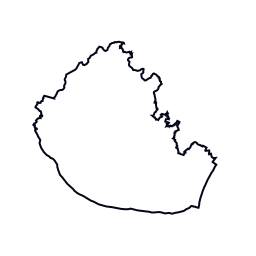 Waimakariri District, Canterbury, New Zealand (Mercator projection), rotated 15°
{"feature_id": "76426892B89827280876957", "entity_name": "Waimakariri District", "entity_type": "district", "adm_level": 2, "iso_a3": "NZL", "parent_name": "New Zealand", "parent_adm1": "Canterbury", "projection": "mercator", "projection_center": [172.332, -43.208], "detail": "fine", "context": "isolated", "style": "outline", "palette": "ink", "viewbox_px": 256, "rotation_deg": 15, "n_neighbors": 0, "source": "geoboundaries", "source_scale": "gbopen_adm2", "svg_char_len": 5804}
<svg xmlns="http://www.w3.org/2000/svg" viewBox="0 0 256 256"><g transform="rotate(15 128 128)"><path d="M102.3,47.4L101.9,46.8L101.3,46.6L98.9,47.1L97.6,47.0L96.4,47.2L94.7,48.2L93.3,48.3L92.7,48.7L92.5,49.3L90.6,50.0L89.6,51.3L89.1,51.6L88.9,52.1L88.9,53.4L87.9,55.5L87.9,58.0L86.4,59.4L85.1,59.2L83.8,58.4L83.1,57.6L82.8,57.6L82.4,57.0L81.6,56.8L79.2,56.9L78.9,58.0L78.0,59.3L78.0,60.5L77.7,61.3L77.6,62.3L78.0,63.4L76.7,64.2L75.7,65.8L73.6,67.6L73.2,68.3L72.8,70.4L71.6,71.6L72.6,74.6L71.7,76.1L71.7,76.5L69.7,78.5L68.3,78.6L66.4,76.4L64.2,77.8L62.7,84.1L61.6,85.7L59.0,88.1L54.5,92.4L54.8,94.5L54.4,96.5L54.3,97.6L54.7,98.3L55.3,98.8L55.7,99.8L56.0,101.5L55.5,102.7L55.4,104.1L56.1,105.6L55.4,107.3L54.7,108.2L52.5,109.0L50.8,110.5L50.4,111.7L50.4,113.0L50.1,113.8L49.6,116.4L48.9,117.5L48.8,117.9L49.1,118.6L38.9,118.5L38.5,119.0L38.4,119.8L38.7,120.7L38.1,121.5L38.3,122.3L38.5,124.0L37.5,124.4L37.0,125.4L37.1,126.2L36.7,126.5L35.8,126.7L34.3,126.4L33.9,126.6L33.8,127.2L34.4,128.0L34.0,128.5L33.9,129.6L33.2,131.2L33.3,132.0L36.4,133.1L38.2,134.4L38.8,134.3L39.6,134.6L40.5,136.3L40.4,136.8L40.7,138.0L41.7,138.0L42.1,138.4L41.9,139.1L41.0,139.7L40.2,138.8L39.9,139.0L40.0,139.8L40.7,140.4L41.0,141.1L39.1,141.6L38.7,142.0L38.5,142.5L37.9,143.0L37.2,144.6L38.0,145.2L38.1,146.0L37.9,146.4L37.4,146.7L36.6,148.0L36.1,148.2L35.8,149.5L36.4,149.7L37.2,149.4L37.7,150.2L37.5,150.9L37.7,151.5L38.1,152.0L39.8,152.0L40.1,152.2L40.2,152.6L40.1,152.9L39.5,152.9L38.9,153.4L38.8,154.1L39.0,154.7L42.3,158.0L42.9,159.0L46.2,162.1L46.4,162.6L46.5,165.3L46.7,166.0L49.4,169.8L53.2,173.2L56.4,175.1L59.6,176.0L61.0,177.0L61.8,176.9L63.7,177.3L65.8,178.6L69.2,181.8L69.7,183.7L71.5,186.7L74.4,190.8L77.5,192.8L83.6,197.5L91.2,201.4L92.2,202.3L95.4,203.8L98.3,204.6L102.3,205.2L110.6,207.7L114.2,208.1L119.4,209.3L127.3,209.4L133.1,208.6L142.5,207.9L147.2,207.0L149.9,206.1L151.3,205.2L158.5,205.1L170.6,203.4L172.5,203.5L175.3,202.8L178.9,201.4L181.3,200.9L185.9,200.9L189.6,199.4L192.3,199.4L193.3,199.1L195.4,197.8L198.1,196.6L201.4,194.8L203.5,193.5L205.6,191.1L207.8,189.4L209.3,187.0L210.2,186.7L211.6,187.0L212.9,186.6L214.1,186.9L216.7,186.8L216.7,184.7L216.5,182.8L216.2,181.9L216.1,176.6L216.5,169.5L217.0,164.8L217.2,164.6L218.3,157.5L219.0,154.7L220.1,150.1L221.3,146.7L221.9,143.2L222.8,140.6L218.5,138.9L220.4,134.2L218.2,135.0L216.3,134.2L214.8,131.4L213.1,132.4L212.6,131.4L212.8,130.2L212.2,128.7L208.8,130.0L208.4,129.4L208.9,126.6L205.0,125.7L204.8,126.5L202.5,126.1L202.3,125.8L201.7,125.9L199.5,125.7L198.3,124.6L196.6,124.2L195.9,124.5L195.2,125.2L194.8,126.4L194.4,126.3L193.6,128.3L193.5,128.2L193.1,130.9L192.2,132.7L191.3,132.4L189.1,135.5L189.6,136.1L189.7,136.4L189.4,136.3L189.0,136.4L188.8,136.2L188.6,136.5L189.2,136.7L189.0,137.3L189.3,137.4L188.7,139.7L186.9,139.5L185.4,139.7L184.5,139.1L183.1,139.3L183.0,138.3L182.8,137.5L181.9,136.3L181.2,134.8L179.8,134.7L179.6,134.4L179.5,134.1L180.4,133.6L180.1,132.9L180.2,132.3L179.3,131.6L179.0,130.0L176.3,128.2L176.6,127.2L174.3,126.4L174.9,125.9L175.1,125.4L174.8,125.3L174.9,125.0L174.7,124.4L175.0,123.4L174.9,122.9L174.7,122.8L174.7,122.2L174.2,121.0L174.2,120.5L174.5,120.4L174.3,120.2L174.6,119.9L174.4,119.8L174.6,118.9L175.8,118.2L176.5,117.4L177.5,116.7L176.5,115.1L176.0,114.7L174.9,113.2L175.2,112.9L175.1,112.3L175.3,112.4L175.9,110.2L176.2,109.9L176.1,108.8L173.8,108.4L173.5,109.6L173.7,109.9L173.5,110.5L173.1,110.8L173.2,111.0L172.5,111.5L172.7,111.8L172.2,112.0L171.8,112.6L172.1,113.1L171.6,113.3L171.5,113.6L171.3,113.6L171.0,113.9L170.6,113.9L170.3,114.3L170.4,114.7L169.5,115.1L169.3,114.8L168.3,114.7L168.1,114.9L168.2,115.2L167.9,115.4L167.1,115.3L166.8,115.4L166.9,115.8L166.5,115.6L165.7,116.1L165.1,116.0L164.7,116.3L164.8,115.8L164.7,115.6L165.0,115.2L164.8,114.6L165.2,114.0L165.0,113.9L165.3,113.8L165.4,113.5L166.1,112.7L166.2,112.3L162.3,112.1L162.3,109.7L163.4,109.4L163.8,109.0L165.0,109.0L164.9,108.7L165.2,108.7L165.3,108.2L164.7,107.8L164.0,106.9L163.3,107.0L163.3,106.1L161.6,106.2L161.4,105.6L162.9,103.8L161.9,102.7L161.8,103.5L160.7,104.8L160.6,105.2L159.7,105.6L157.1,105.6L156.3,106.8L157.3,107.3L157.7,107.9L158.0,108.2L156.1,109.6L155.1,112.5L153.3,112.0L153.2,112.3L152.8,112.2L152.7,112.4L151.6,111.2L151.5,111.4L148.4,109.9L148.9,109.8L149.4,109.2L149.4,108.6L149.7,108.2L149.6,106.7L149.9,105.9L150.5,105.6L151.1,103.3L151.7,102.7L151.4,101.6L150.6,101.7L150.2,101.1L148.7,97.5L148.8,97.1L148.6,96.0L148.0,95.9L147.7,96.4L147.1,96.6L147.0,95.3L147.3,94.8L147.4,93.9L146.1,91.2L145.7,90.7L145.0,88.9L143.9,87.6L143.8,86.3L146.4,84.0L147.1,82.4L147.1,81.3L146.9,80.7L148.5,77.3L149.1,76.9L149.0,76.5L148.3,75.9L147.9,74.8L146.8,74.5L146.7,74.0L146.1,73.5L146.2,73.1L145.9,72.4L145.6,72.4L145.5,72.1L145.6,71.9L145.2,71.8L145.0,71.4L145.0,71.0L144.5,70.7L144.2,70.9L144.1,70.6L142.7,70.1L141.7,69.3L140.5,68.9L139.9,69.0L138.9,68.6L138.1,69.3L137.5,71.4L137.2,71.3L137.0,71.6L137.2,72.4L137.0,73.4L134.7,75.2L133.2,77.2L131.7,77.7L130.6,76.9L128.9,76.3L128.2,75.6L127.1,73.3L127.0,72.8L127.1,72.2L127.9,71.5L128.4,70.3L128.1,69.7L127.9,67.2L127.7,66.9L126.5,67.1L125.7,67.7L124.8,69.0L123.0,70.1L122.0,70.4L119.9,70.2L118.3,70.6L117.8,70.6L117.1,69.5L115.8,68.7L114.6,68.3L113.2,67.6L112.6,66.8L112.2,63.5L110.5,62.6L110.3,62.1L110.4,61.0L111.1,59.9L112.0,59.3L113.2,59.0L113.6,58.6L113.4,57.6L112.8,57.0L112.9,56.5L112.4,56.1L112.5,55.3L111.8,55.8L111.8,54.9L111.5,54.6L111.3,55.5L111.1,55.7L110.9,55.6L110.7,54.9L110.9,54.4L111.2,54.2L111.2,53.8L110.6,54.3L109.5,54.0L109.2,54.5L108.0,54.9L107.0,55.5L105.0,55.3L104.3,55.7L104.0,55.4L103.6,55.5L102.5,53.3L101.5,52.9L100.7,51.8L100.1,51.8L99.8,52.7L99.6,52.8L99.5,51.9L99.0,51.5L99.2,50.5L99.4,50.4L100.4,50.7L100.3,50.3L99.9,49.9L100.2,49.5L100.5,48.4L101.2,47.5L102.3,47.4Z" fill="none" stroke="#020617" stroke-width="2"/></g></svg>